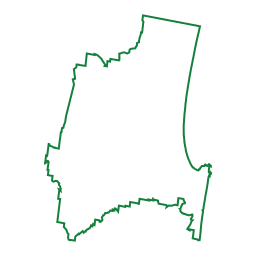 outline of Noosa, Queensland, Australia
{"feature_id": "25037944B90533392045393", "entity_name": "Noosa", "entity_type": "district", "adm_level": 2, "iso_a3": "AUS", "parent_name": "Australia", "parent_adm1": "Queensland", "projection": "equal_earth", "projection_center": [153.049, -26.318], "detail": "fine", "context": "isolated", "style": "outline", "palette": "green", "viewbox_px": 256, "rotation_deg": 0, "n_neighbors": 0, "source": "geoboundaries", "source_scale": "gbopen_adm2", "svg_char_len": 5614}
<svg xmlns="http://www.w3.org/2000/svg" viewBox="0 0 256 256"><path d="M57.3,222.0L64.3,223.3L63.8,226.9L66.3,229.7L67.2,232.3L67.8,233.5L68.5,234.1L68.0,237.6L68.4,238.4L68.5,239.3L68.9,239.8L70.2,240.2L70.7,239.9L74.8,240.6L75.4,236.5L78.6,233.7L79.0,234.3L82.7,231.1L83.7,232.7L84.4,232.2L85.1,231.5L85.7,231.5L85.9,231.1L85.8,230.6L87.1,229.5L87.5,229.5L88.3,228.8L88.5,228.9L89.9,228.0L90.1,227.3L90.8,226.7L90.7,226.3L91.1,225.3L92.5,226.2L93.2,223.8L93.5,223.9L93.4,224.3L93.5,224.4L94.5,225.0L95.2,219.6L99.3,220.3L99.5,221.7L100.4,221.9L100.4,221.3L102.2,220.6L102.4,219.4L101.9,217.5L102.1,217.1L102.7,216.2L103.0,215.4L103.7,215.4L105.0,213.7L105.2,213.0L106.6,213.1L107.9,212.7L108.3,212.4L108.7,212.5L110.3,210.5L110.7,210.5L111.3,210.8L112.7,211.0L112.7,209.5L114.5,210.4L114.8,208.4L115.2,208.4L115.7,209.0L115.9,209.0L116.7,209.5L117.2,210.5L117.8,210.9L117.8,211.2L118.1,211.6L118.9,205.6L125.3,206.9L125.4,206.2L125.5,205.7L129.7,206.6L130.2,202.0L138.7,203.5L138.7,203.9L138.9,203.9L139.6,198.8L149.0,200.5L148.6,199.5L153.1,200.4L152.9,199.9L153.1,198.9L153.7,199.6L157.0,200.3L157.2,200.6L158.0,200.7L158.0,201.5L158.7,203.7L166.4,205.1L166.8,206.4L166.6,207.1L168.7,205.6L170.1,205.6L171.2,205.8L175.2,204.7L177.6,205.3L178.0,201.7L177.9,201.7L178.4,198.1L178.5,198.1L183.5,199.0L183.6,199.5L183.7,200.5L184.7,201.8L185.0,202.9L184.9,203.2L184.3,203.3L183.9,203.6L183.4,203.5L183.2,203.6L182.5,203.9L182.0,204.6L181.9,205.4L181.6,205.7L181.4,205.9L181.2,206.6L180.7,207.8L180.5,209.0L180.3,209.1L180.2,209.1L180.4,209.3L180.3,209.9L180.4,211.1L181.0,212.0L182.0,212.9L182.3,213.1L182.6,213.0L183.0,213.5L183.5,213.8L184.8,214.1L185.0,213.9L185.5,214.3L186.4,214.7L187.2,214.8L188.4,215.2L189.3,215.3L190.3,215.1L191.6,214.7L192.0,214.4L192.5,214.9L192.4,216.4L190.8,219.1L191.7,220.2L192.5,220.3L191.4,221.5L190.4,224.3L187.4,228.8L187.8,228.9L187.6,229.2L189.1,230.2L189.8,230.4L189.8,229.4L193.8,230.2L192.8,237.9L192.7,238.3L193.0,238.4L193.3,238.3L194.3,238.8L196.9,239.3L197.3,239.5L198.1,240.2L198.3,240.3L198.7,239.9L198.8,240.0L199.6,240.1L200.3,234.8L201.3,223.7L202.0,218.5L202.1,217.8L202.0,217.5L202.2,217.1L203.0,211.7L203.0,211.0L202.8,210.7L203.0,210.7L203.4,208.8L203.5,208.3L203.7,206.3L204.3,203.2L204.2,202.9L204.3,202.7L204.5,202.0L204.8,200.0L205.0,199.0L205.6,194.8L205.9,193.7L206.4,190.9L207.6,183.7L208.4,177.7L208.8,176.3L208.9,176.1L209.7,176.4L209.7,176.2L209.6,175.9L209.5,175.7L209.5,175.3L209.7,175.0L209.7,174.8L209.5,174.5L209.6,174.3L210.5,174.4L210.6,174.1L210.3,173.8L210.4,173.6L210.8,173.7L210.9,173.1L210.6,173.2L210.2,173.1L209.9,173.0L209.9,172.7L209.8,172.8L209.7,172.5L209.3,172.5L209.1,172.5L208.9,172.3L208.8,171.2L209.0,168.6L209.2,167.2L209.4,166.6L209.7,166.6L210.0,166.4L210.6,166.5L210.4,166.0L210.8,166.3L210.9,166.0L210.8,165.7L209.0,164.2L208.8,164.4L208.8,164.8L208.2,164.9L208.1,165.0L207.9,165.1L207.7,165.7L207.1,166.0L206.5,165.7L206.0,165.1L205.9,165.0L205.6,164.7L205.3,164.5L205.0,164.6L205.0,164.8L204.9,164.8L204.7,165.7L204.4,166.0L203.9,166.1L203.3,166.0L202.0,166.0L201.9,166.2L201.4,166.6L200.8,167.4L200.2,168.0L200.1,168.7L199.9,169.0L199.7,169.2L199.1,169.2L198.9,169.8L198.5,170.4L198.4,170.4L197.6,170.3L196.4,169.7L195.5,169.1L195.6,168.7L195.4,169.1L195.0,169.0L192.8,167.1L192.6,167.2L191.2,165.0L190.3,163.3L189.5,161.4L189.1,160.4L188.4,159.0L187.1,155.2L186.1,151.4L185.9,151.0L185.8,149.8L185.3,146.9L184.9,145.8L185.0,145.4L184.5,142.4L184.4,142.0L184.3,141.9L184.4,141.4L184.0,137.0L183.9,136.0L183.7,135.7L183.8,135.3L183.7,131.5L183.7,124.9L183.9,122.8L184.5,113.9L185.1,108.9L185.4,105.3L185.5,103.5L185.9,101.4L186.1,99.1L186.6,95.0L187.8,87.6L187.8,87.2L188.8,81.7L189.5,76.9L189.7,76.7L189.7,76.1L190.0,74.4L190.3,72.9L190.4,72.5L190.8,69.9L192.3,62.6L192.3,62.3L192.6,61.3L192.6,60.6L193.2,58.2L194.7,50.3L194.8,49.8L194.8,49.5L195.3,47.0L195.6,46.2L195.6,45.7L195.9,44.5L195.9,44.3L196.1,44.1L196.0,43.8L196.1,43.3L197.4,37.6L198.3,33.7L198.7,32.2L198.8,31.5L199.2,30.0L199.3,29.1L199.6,28.1L199.6,27.8L200.0,26.3L143.0,15.4L142.4,20.4L143.4,21.6L142.1,32.6L141.0,32.4L140.7,34.6L140.0,36.9L139.5,37.9L139.4,38.6L139.4,39.4L139.0,40.8L139.0,42.2L138.7,42.4L137.2,42.9L137.0,43.1L136.9,45.5L136.7,46.0L136.0,46.5L135.8,46.8L135.6,47.8L135.3,48.3L130.9,48.8L130.4,49.1L129.7,49.6L129.5,50.1L129.3,52.3L129.2,52.5L127.2,53.5L124.4,52.4L122.3,52.6L121.0,53.3L119.8,53.5L119.2,53.7L119.4,54.9L119.3,56.1L119.4,56.7L119.2,57.2L119.5,57.7L119.3,58.5L119.4,58.9L119.3,59.4L119.3,60.3L119.0,60.4L110.4,58.9L110.1,61.6L107.5,61.1L106.9,66.4L104.6,66.0L105.2,64.8L101.8,59.6L101.6,59.0L97.7,55.3L95.9,54.4L94.6,54.0L94.7,55.0L86.8,53.5L85.5,65.9L79.4,65.0L78.8,64.6L78.5,64.8L76.6,64.5L76.3,67.3L73.9,69.2L75.1,78.7L74.4,79.1L73.9,79.0L72.8,79.3L74.0,84.5L66.0,116.3L65.2,122.0L63.7,125.8L63.4,127.8L62.0,128.1L61.5,132.2L60.9,132.2L59.9,139.9L59.8,140.0L58.8,148.6L54.4,147.8L54.4,147.5L54.0,147.6L53.4,147.4L53.2,147.2L52.9,147.0L51.9,146.4L51.0,146.2L50.0,145.7L49.9,145.4L49.3,145.1L49.2,144.1L48.7,144.0L47.2,155.7L47.1,155.9L46.4,155.5L46.1,155.4L45.1,163.3L45.6,163.1L45.7,162.9L45.7,162.2L46.1,161.7L46.5,162.0L46.9,161.7L47.5,161.9L47.8,161.3L47.8,161.1L47.6,161.1L47.4,161.3L47.2,161.3L47.0,161.1L47.7,160.9L48.4,161.5L48.6,161.8L47.5,169.9L48.5,170.0L47.9,175.1L52.6,176.0L52.0,180.4L52.4,181.1L53.7,181.7L54.2,181.3L55.6,180.9L57.3,181.1L58.2,182.4L59.2,183.2L59.2,183.8L58.9,184.2L59.2,185.3L60.0,186.2L60.2,186.8L60.4,188.1L60.8,188.7L60.5,189.0L60.5,189.8L60.6,190.8L59.7,189.9L59.1,189.6L59.3,190.0L58.2,198.8L59.2,199.0L60.1,199.0L57.3,222.0Z" fill="none" stroke="#15803d" stroke-width="2"/></svg>